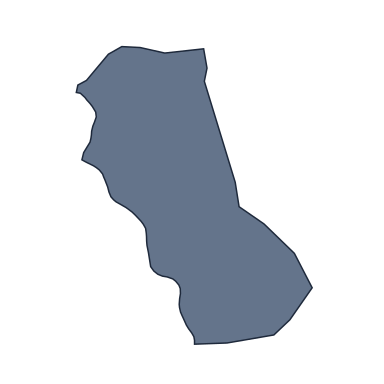 Santa Cruz La Laguna, Sololá, Guatemala, rotated 81°
{"feature_id": "79465075B11038489211128", "entity_name": "Santa Cruz La Laguna", "entity_type": "district", "adm_level": 2, "iso_a3": "GTM", "parent_name": "Guatemala", "parent_adm1": "Sololá", "projection": "orthographic", "projection_center": [-91.223, 14.744], "detail": "fine", "context": "isolated", "style": "filled", "palette": "slate", "viewbox_px": 384, "rotation_deg": 81, "n_neighbors": 0, "source": "geoboundaries", "source_scale": "gbopen_adm2", "svg_char_len": 1125}
<svg xmlns="http://www.w3.org/2000/svg" viewBox="0 0 384 384"><g transform="rotate(81 192 192)"><path d="M342.7,213.3L346.6,181.0L346.0,133.5L333.5,115.3L305.4,88.3L268.6,100.5L234.8,125.9L213.9,147.8L189.2,147.8L84.6,162.5L72.0,157.8L52.4,158.1L50.5,197.2L41.2,220.6L37.4,238.6L42.8,253.0L65.3,278.8L68.5,288.0L75.6,290.7L77.0,286.8L81.8,283.0L84.8,281.4L88.6,278.9L92.1,277.0L98.0,274.6L102.9,274.8L108.1,277.6L111.4,279.6L116.2,281.6L119.8,282.4L123.1,283.4L126.8,284.9L136.1,292.8L143.0,295.7L145.5,292.5L147.3,290.0L150.6,285.3L152.8,282.8L155.7,280.1L160.2,277.5L163.3,276.9L166.4,276.1L173.8,274.5L179.1,274.0L184.1,272.8L187.5,270.6L189.8,268.6L197.0,259.6L202.3,254.4L206.0,251.6L212.9,246.9L216.3,245.1L220.7,243.5L225.4,243.6L229.0,243.9L233.5,244.5L237.7,244.8L245.4,244.5L252.2,244.5L259.3,244.5L264.2,242.0L267.9,238.6L270.5,234.3L272.0,229.8L274.8,224.6L277.5,222.1L281.9,219.5L285.6,218.7L290.5,219.3L295.4,220.9L301.0,222.2L304.1,222.4L308.8,222.1L312.3,221.2L316.2,220.1L322.5,218.4L326.6,216.7L331.2,214.3L335.2,212.8L338.9,212.7L342.7,213.3Z" fill="#64748b" stroke="#1e293b" stroke-width="1.5"/></g></svg>